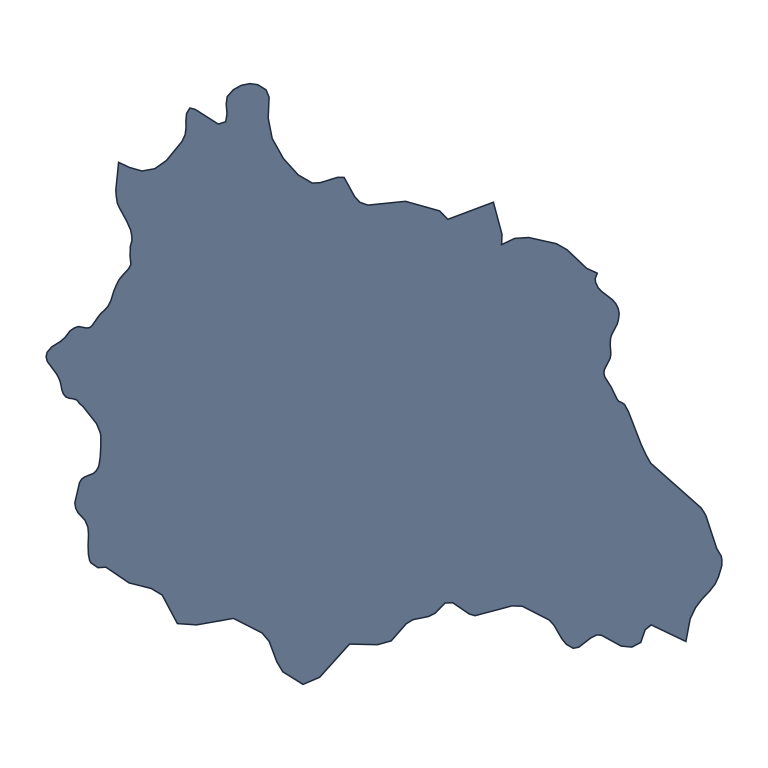 outline of Puy-de-Dôme
{"feature_id": "FRA-5335", "entity_name": "Puy-de-Dôme", "entity_type": "Metropolitan department", "adm_level": 1, "iso_a3": "FRA", "parent_name": "France", "parent_adm1": "", "projection": "mercator", "projection_center": [3.052, 45.776], "detail": "fine", "context": "isolated", "style": "filled", "palette": "slate", "viewbox_px": 768, "rotation_deg": 0, "n_neighbors": 0, "source": "natural_earth", "source_scale": "10m", "svg_char_len": 2513}
<svg xmlns="http://www.w3.org/2000/svg" viewBox="0 0 768 768"><path d="M249.8,83.6L257.8,84.7L266.1,89.9L269.1,97.2L268.2,118.0L272.2,138.5L283.5,158.7L298.2,174.9L312.3,183.1L320.1,182.7L337.6,177.3L344.1,177.4L354.7,196.7L359.9,202.3L367.9,205.1L405.4,201.3L439.6,210.9L447.8,219.3L493.4,202.2L502.0,234.3L501.6,244.6L514.7,238.4L528.7,237.5L556.4,243.7L567.1,249.8L586.6,268.3L597.3,273.2L595.2,278.6L595.6,282.4L598.2,287.8L601.5,291.3L612.5,299.8L615.9,303.8L618.2,308.5L619.2,313.4L618.4,320.0L617.1,324.3L611.8,334.5L610.8,337.2L610.5,339.5L610.3,342.6L610.3,346.5L610.7,350.6L610.8,354.7L610.1,358.5L604.4,369.6L603.9,373.2L604.8,376.9L611.2,387.1L617.2,399.4L618.9,401.4L621.5,402.4L624.5,404.4L628.5,411.7L641.3,444.8L646.4,455.6L650.8,463.3L701.0,507.8L703.8,511.9L706.0,515.9L716.8,548.7L721.2,556.0L721.9,559.7L721.8,565.7L718.5,576.8L715.2,583.9L709.9,590.8L701.7,599.5L695.6,607.5L690.2,618.8L685.9,641.5L651.2,624.9L645.2,629.7L640.8,642.4L631.9,647.1L621.2,646.1L601.5,635.3L596.9,634.9L590.8,637.9L578.8,647.2L573.2,648.3L566.3,644.3L561.7,638.6L553.9,625.1L549.2,620.0L522.2,606.2L511.9,605.9L475.0,615.7L469.2,614.0L452.8,602.8L445.1,603.0L435.1,613.2L428.6,616.5L412.9,619.7L406.2,623.8L391.2,640.9L377.5,644.7L349.5,644.1L319.6,677.3L303.0,684.4L282.8,671.8L276.9,662.0L269.1,641.3L262.1,633.0L233.5,618.4L196.6,624.9L177.4,623.6L162.2,595.1L151.2,588.5L129.0,582.9L105.9,567.2L97.9,567.7L90.9,562.8L89.6,560.4L88.4,554.3L88.1,545.6L88.5,534.3L87.9,527.2L85.1,520.4L78.0,512.7L75.7,508.2L74.8,503.0L79.5,482.6L81.8,478.9L85.1,476.7L93.5,473.4L96.1,470.9L97.7,468.4L98.7,466.2L99.3,463.2L100.2,457.0L100.8,446.2L100.8,437.2L100.5,433.3L96.5,423.6L85.5,409.7L83.1,406.6L79.6,403.6L77.4,400.7L76.6,399.9L72.5,398.7L69.2,398.3L65.8,396.9L63.4,394.0L62.0,390.2L60.3,382.1L58.7,377.9L56.5,373.9L47.3,361.5L46.1,356.8L47.1,352.3L51.8,346.8L60.7,341.3L65.0,337.5L70.0,330.9L74.4,327.9L78.4,326.5L86.5,328.0L89.0,327.7L90.5,327.1L92.3,325.3L98.4,316.5L101.1,313.2L104.3,310.4L107.9,306.4L110.8,300.8L113.8,291.0L116.4,284.9L119.0,279.8L122.2,275.7L128.6,268.8L130.9,264.5L130.0,255.5L130.3,249.7L130.2,246.9L131.9,240.5L131.8,235.9L130.6,230.0L126.8,221.4L119.5,208.0L117.3,203.2L116.2,195.9L115.8,190.3L118.6,162.3L129.3,167.4L142.0,171.0L154.8,168.7L166.4,160.5L181.8,141.7L185.1,134.8L186.0,127.9L185.9,120.3L186.6,113.3L189.9,108.0L195.0,109.3L218.3,124.1L225.7,121.7L227.0,113.7L226.2,104.0L227.2,96.6L233.5,89.6L241.4,85.3L249.8,83.6Z" fill="#64748b" stroke="#1e293b" stroke-width="1.5"/></svg>